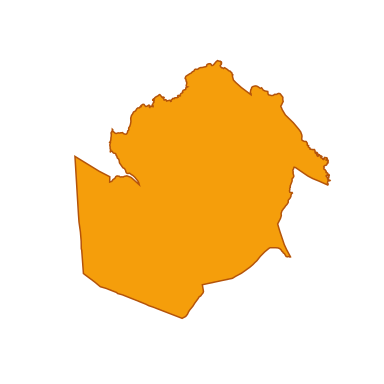 Pokot South, Rift Valley, Kenya (orthographic projection), rotated 61°
{"feature_id": "3690345B29187481268385", "entity_name": "Pokot South", "entity_type": "district", "adm_level": 2, "iso_a3": "KEN", "parent_name": "Kenya", "parent_adm1": "Rift Valley", "projection": "orthographic", "projection_center": [35.249, 1.339], "detail": "fine", "context": "isolated", "style": "filled", "palette": "amber", "viewbox_px": 384, "rotation_deg": 61, "n_neighbors": 0, "source": "geoboundaries", "source_scale": "gbopen_adm2", "svg_char_len": 5884}
<svg xmlns="http://www.w3.org/2000/svg" viewBox="0 0 384 384"><g transform="rotate(61 192 192)"><path d="M104.1,277.1L156.6,302.2L163.5,305.4L172.9,309.0L181.3,312.8L187.9,316.3L189.5,316.7L210.7,326.5L223.4,320.8L230.4,318.1L234.3,314.2L243.3,306.7L244.7,306.3L248.1,302.8L267.7,286.8L270.5,284.9L273.5,282.1L297.7,261.9L297.8,258.0L297.6,257.3L296.7,255.2L295.2,253.2L294.0,251.0L292.3,246.6L290.5,243.4L288.4,238.8L287.0,236.2L287.2,235.7L287.0,234.4L286.6,233.8L285.6,231.3L284.6,230.2L278.1,227.9L287.1,198.4L286.9,194.8L287.0,187.9L285.8,177.7L285.0,173.8L284.2,171.3L283.6,168.7L281.4,163.5L279.6,157.4L278.6,152.0L278.6,150.7L281.4,145.7L282.6,143.9L283.7,143.0L285.3,142.2L287.2,142.1L288.7,141.6L289.4,141.7L290.8,141.0L293.2,141.0L294.1,140.9L295.0,139.9L295.4,138.5L295.8,138.1L296.4,137.9L296.5,137.3L288.4,137.2L282.7,136.8L268.7,134.2L261.5,132.6L257.9,127.3L255.9,125.3L254.2,124.6L253.7,124.2L251.9,122.2L251.6,121.2L250.9,120.1L250.6,118.9L249.5,116.8L249.0,115.1L247.9,113.1L247.4,112.6L246.3,112.2L245.8,111.6L244.8,109.0L243.8,107.6L243.2,107.3L241.9,106.0L241.6,104.7L241.0,104.7L240.8,105.2L239.6,106.6L238.2,106.2L237.5,105.4L236.0,104.7L235.7,103.9L235.2,103.5L234.5,103.4L231.1,99.3L229.9,98.5L229.2,98.3L228.7,97.6L228.7,97.0L227.9,95.6L227.4,95.2L224.2,94.4L223.8,93.9L221.6,93.1L221.1,92.1L219.8,90.9L220.0,90.4L221.0,89.5L234.2,82.9L238.8,79.9L244.0,75.7L251.7,69.9L251.1,69.0L250.0,69.3L248.2,67.8L249.0,66.0L248.8,65.6L247.6,66.5L246.5,67.1L245.9,66.9L246.0,65.6L245.7,65.3L245.2,65.3L245.2,66.0L245.0,66.6L243.3,67.0L242.8,66.8L242.6,66.2L242.7,65.6L244.0,64.8L244.4,64.2L243.9,63.8L243.1,63.8L242.6,64.2L242.0,64.4L241.1,64.3L240.6,64.6L240.2,65.2L239.6,65.2L239.1,64.6L237.4,64.8L236.8,64.9L236.3,65.4L235.0,65.2L234.7,64.6L233.5,64.3L233.3,62.9L233.6,61.4L233.4,60.9L232.8,60.3L232.8,59.7L232.4,58.8L231.8,59.1L231.4,58.8L231.1,57.9L230.3,57.6L229.2,59.2L228.6,58.8L228.4,58.3L228.8,57.7L228.2,57.5L227.4,57.5L226.0,59.4L227.3,60.5L227.4,61.2L226.8,61.7L226.2,61.2L224.6,62.6L224.0,62.6L224.1,61.8L223.9,61.2L223.3,61.4L222.3,62.3L221.1,62.6L220.8,63.1L221.8,63.7L221.7,64.7L221.2,64.9L219.7,64.8L219.3,64.5L219.4,63.9L219.9,63.5L219.3,63.4L218.1,63.5L217.6,64.0L217.9,64.6L217.9,65.2L216.4,65.0L216.0,64.5L214.5,64.3L213.9,64.6L213.9,65.1L213.7,65.6L213.0,66.3L211.9,67.9L211.4,68.0L210.9,67.5L209.0,68.4L207.9,67.5L207.2,68.4L206.6,68.4L205.7,67.7L204.9,67.5L204.2,67.7L203.3,67.6L202.9,68.0L202.1,69.4L200.2,70.6L199.6,70.6L198.6,70.2L196.6,68.8L195.3,68.3L192.1,67.8L188.8,68.2L180.6,69.8L169.9,73.0L163.6,73.2L161.8,72.9L160.3,72.9L159.6,72.3L159.3,71.5L158.1,70.0L157.1,68.4L155.2,67.8L153.2,66.6L149.1,67.2L148.5,67.5L147.8,68.4L147.6,69.1L147.6,70.7L146.6,72.5L146.9,74.1L146.1,75.9L145.0,76.9L144.6,77.6L143.7,78.0L143.0,77.9L140.8,77.0L139.0,79.2L137.4,80.3L134.6,80.6L134.5,81.6L134.2,82.1L132.0,83.2L130.8,84.0L130.1,84.9L129.8,85.5L129.3,87.5L129.3,88.3L129.5,89.1L130.6,90.1L131.0,90.9L133.1,92.7L135.0,92.8L135.7,93.2L124.5,98.2L117.6,100.6L114.2,101.5L111.0,100.7L109.3,100.0L109.3,99.5L108.0,99.7L106.8,99.4L105.6,100.0L104.9,100.0L103.7,101.1L102.1,101.6L99.1,103.2L99.3,104.6L98.4,104.9L97.7,105.9L97.0,106.0L96.4,106.3L95.1,106.1L94.5,104.4L93.9,103.9L93.3,104.1L92.9,103.3L92.3,103.3L91.8,103.8L91.1,104.0L91.0,104.6L89.4,106.0L89.8,108.0L91.2,111.5L91.3,112.3L91.1,113.3L90.6,113.5L89.6,113.4L88.8,113.7L88.1,114.8L87.8,116.1L87.8,116.9L88.2,117.7L88.9,118.1L89.1,119.2L88.6,120.6L88.1,122.6L87.3,124.2L87.1,125.8L87.4,127.4L87.3,128.0L86.3,129.3L86.2,129.8L86.3,130.4L87.2,131.9L87.0,133.3L87.6,135.1L87.5,136.6L87.8,141.0L88.0,141.5L89.0,142.7L89.5,143.0L89.9,142.7L90.8,142.8L92.1,143.4L93.1,143.3L93.5,143.6L94.2,143.7L96.4,145.7L97.0,145.7L97.9,144.9L97.8,146.6L98.1,147.1L98.7,147.3L99.2,147.9L98.8,150.4L99.5,151.6L100.3,151.7L100.5,152.1L100.5,153.6L100.7,154.4L101.6,155.7L102.2,155.6L102.2,156.1L101.1,156.8L100.8,157.3L101.0,158.0L102.4,158.2L102.4,158.9L101.3,161.4L101.4,161.9L101.7,162.3L100.9,163.2L100.9,163.8L101.3,164.1L101.6,165.9L102.5,166.2L102.4,166.8L101.2,166.7L100.9,167.1L100.1,170.1L99.5,169.9L98.5,170.2L98.3,171.4L98.1,171.8L96.5,171.5L95.9,170.6L95.3,170.8L94.9,171.4L95.5,171.8L95.1,172.2L92.0,172.7L91.3,172.9L91.0,173.3L91.4,175.2L91.3,177.3L91.5,178.8L91.9,179.3L91.9,180.4L92.2,181.6L92.8,181.9L93.4,181.4L93.5,180.7L94.5,181.6L95.1,181.9L95.2,182.6L96.1,183.6L96.2,184.2L96.6,184.5L97.8,184.7L98.0,184.3L98.5,184.6L97.6,185.9L97.0,186.1L96.9,186.8L97.6,187.9L97.1,188.1L96.0,187.4L95.2,187.4L95.0,187.9L95.2,189.2L94.9,190.9L93.6,191.4L92.2,191.5L91.8,191.9L91.5,192.6L91.7,194.8L92.7,195.0L92.7,195.6L92.3,196.1L92.9,197.1L92.2,198.7L92.5,200.1L93.7,202.0L93.7,204.4L95.1,206.4L95.6,207.7L97.7,209.8L100.8,211.3L102.9,213.0L104.4,214.6L105.2,216.2L105.7,216.6L106.8,217.0L107.2,217.5L107.3,218.3L107.6,218.8L108.6,219.5L109.3,220.7L109.5,221.4L109.3,222.0L108.4,223.1L107.8,223.5L106.3,224.0L106.1,224.8L105.7,225.4L105.5,226.5L104.5,227.9L104.1,229.9L103.8,230.3L103.3,230.7L100.9,231.6L100.7,232.2L99.2,231.1L98.5,231.3L99.8,232.1L100.9,234.0L101.5,234.4L102.3,234.4L102.7,234.9L103.8,235.4L105.1,236.5L107.3,237.9L107.9,238.6L108.7,239.9L109.1,239.3L110.9,241.0L112.0,241.5L112.7,241.6L114.6,242.7L115.1,242.5L115.7,242.7L116.8,243.8L117.3,243.9L117.2,242.7L117.6,242.2L119.5,241.9L120.2,241.5L121.0,240.5L121.7,240.2L123.4,240.6L124.4,240.3L124.9,240.6L126.2,240.8L127.2,240.3L128.1,240.3L129.0,240.4L131.4,241.3L137.3,240.7L138.7,239.7L140.9,239.6L142.1,240.0L143.3,240.1L144.3,239.7L144.6,239.3L145.4,237.4L147.4,236.6L148.8,235.7L151.4,234.8L156.4,234.0L158.0,234.1L160.1,234.6L150.5,237.9L149.3,238.5L146.3,241.1L145.5,243.7L145.5,244.9L144.7,246.0L144.4,247.0L143.9,247.6L142.8,248.1L142.2,249.2L141.6,249.7L141.6,251.1L142.7,253.0L142.8,255.1L143.6,256.4L143.7,257.6L143.4,259.2L138.8,256.5L128.9,263.1L104.1,277.1Z" fill="#f59e0b" stroke="#b45309" stroke-width="1.5"/></g></svg>